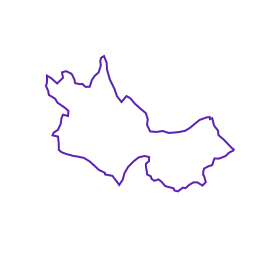 Paramytha, Limassol, Cyprus (Albers equal-area conic projection), rotated 39°
{"feature_id": "46923920B63427576461062", "entity_name": "Paramytha", "entity_type": "district", "adm_level": 2, "iso_a3": "CYP", "parent_name": "Cyprus", "parent_adm1": "Limassol", "projection": "albers", "projection_center": [32.975, 34.759], "detail": "fine", "context": "isolated", "style": "outline", "palette": "violet", "viewbox_px": 256, "rotation_deg": 39, "n_neighbors": 0, "source": "geoboundaries", "source_scale": "gbopen_adm2", "svg_char_len": 1672}
<svg xmlns="http://www.w3.org/2000/svg" viewBox="0 0 256 256"><g transform="rotate(39 128 128)"><path d="M184.6,68.1L182.7,69.9L178.6,76.6L177.4,82.2L176.0,89.1L174.1,94.3L170.2,99.0L166.0,103.2L162.6,106.3L156.8,108.5L152.9,112.9L147.5,116.7L140.9,113.7L137.8,108.7L132.5,105.2L126.1,105.2L118.2,104.8L110.7,103.4L106.7,104.2L106.6,111.9L99.4,110.2L93.0,106.2L83.3,101.7L74.8,95.7L70.3,90.7L64.1,87.2L62.9,90.4L64.3,93.4L67.5,96.5L70.2,103.1L69.3,108.7L69.8,113.7L72.3,120.0L69.2,122.7L65.0,122.6L64.9,122.5L62.4,124.6L58.6,126.4L55.9,124.1L52.0,122.2L50.0,121.4L44.1,122.8L41.7,126.3L45.9,129.9L44.9,138.0L37.2,137.6L32.1,138.3L36.0,143.0L37.9,147.0L42.5,149.3L45.6,152.1L52.9,151.1L57.3,152.7L66.7,152.0L71.0,152.2L73.8,156.4L69.1,158.6L70.3,162.6L73.0,166.8L74.7,173.6L73.1,178.3L74.0,181.2L79.0,178.7L83.8,183.5L88.1,188.6L91.2,188.6L91.7,188.6L96.0,187.2L103.1,184.1L107.7,181.4L112.6,179.0L119.1,178.1L126.5,178.5L131.6,178.9L138.2,177.4L139.5,178.5L146.0,175.0L153.6,176.8L157.0,177.8L156.4,171.4L153.7,165.4L152.6,158.3L153.3,150.6L154.8,144.1L158.4,139.4L162.7,137.3L165.2,140.6L164.4,144.3L165.7,146.2L170.4,150.4L172.2,152.1L176.1,151.2L178.4,152.7L181.6,152.5L184.0,148.8L187.9,148.7L193.6,149.7L196.9,148.2L201.3,146.2L203.6,147.3L206.7,145.8L208.1,139.9L210.6,138.6L210.6,138.3L211.4,133.4L213.1,129.1L216.1,126.6L222.1,125.9L222.5,121.1L217.4,117.5L215.8,117.0L213.6,113.9L212.7,111.5L214.8,106.8L216.8,103.9L215.3,100.0L214.4,97.2L218.0,94.5L220.0,91.0L221.5,88.4L221.8,84.9L222.5,82.4L223.9,79.6L223.7,78.1L220.7,78.2L210.1,76.8L202.8,76.6L199.7,73.5L193.3,71.9L187.3,67.4L186.1,69.4L184.6,68.1Z" fill="none" stroke="#5b21b6" stroke-width="2"/></g></svg>